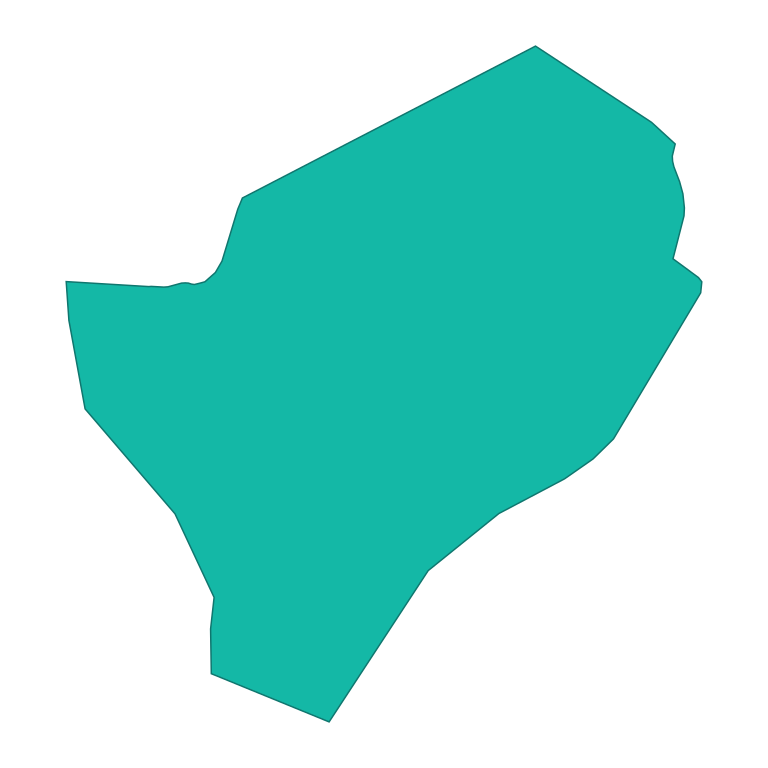 Saint George, Mercator projection
{"feature_id": "DMA-1434", "entity_name": "Saint George", "entity_type": "Parish", "adm_level": 1, "iso_a3": "DMA", "parent_name": "Dominica", "parent_adm1": "", "projection": "mercator", "projection_center": [-61.35, 15.3], "detail": "fine", "context": "isolated", "style": "filled", "palette": "teal", "viewbox_px": 768, "rotation_deg": 0, "n_neighbors": 0, "source": "natural_earth", "source_scale": "10m", "svg_char_len": 668}
<svg xmlns="http://www.w3.org/2000/svg" viewBox="0 0 768 768"><path d="M211.3,673.7L210.6,628.9L214.1,597.4L175.0,513.8L85.1,408.9L68.9,320.4L66.2,281.6L148.9,286.6L151.1,286.4L163.8,287.1L168.0,286.8L181.6,283.1L185.3,282.9L188.4,283.1L191.5,284.1L194.4,284.5L199.4,283.3L204.9,281.8L215.4,272.5L222.0,261.1L237.8,209.1L239.1,206.0L240.2,203.4L242.4,198.0L535.5,46.1L651.5,122.3L675.2,144.0L672.3,156.1L672.6,161.3L673.9,166.8L679.6,181.7L682.9,193.8L684.4,207.9L684.0,215.9L673.0,258.8L698.5,277.6L701.8,281.8L700.7,292.8L613.5,438.9L593.1,458.9L564.6,478.8L498.9,513.5L428.2,570.6L329.1,721.9L211.3,673.7Z" fill="#14b8a6" stroke="#0f766e" stroke-width="1.5"/></svg>